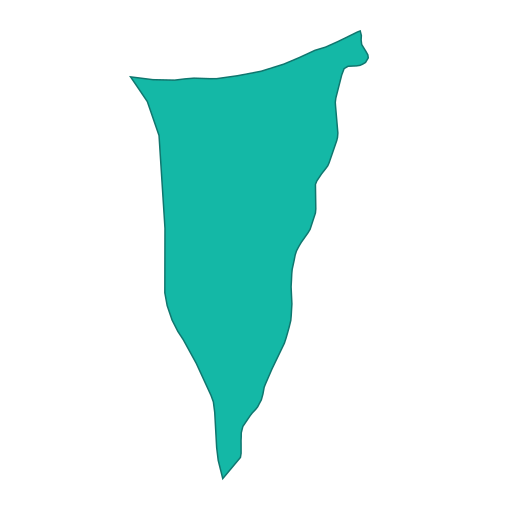 the district of San Sebastián, Retalhuleu, Guatemala, rotated 358°
{"feature_id": "79465075B80062128439556", "entity_name": "San Sebastián", "entity_type": "district", "adm_level": 2, "iso_a3": "GTM", "parent_name": "Guatemala", "parent_adm1": "Retalhuleu", "projection": "albers", "projection_center": [-91.644, 14.559], "detail": "fine", "context": "isolated", "style": "filled", "palette": "teal", "viewbox_px": 512, "rotation_deg": 358, "n_neighbors": 0, "source": "geoboundaries", "source_scale": "gbopen_adm2", "svg_char_len": 1327}
<svg xmlns="http://www.w3.org/2000/svg" viewBox="0 0 512 512"><g transform="rotate(358 256 256)"><path d="M215.0,477.3L233.4,456.8L234.2,452.7L234.5,444.1L234.6,440.0L234.9,436.3L235.1,432.2L236.9,425.9L244.7,415.2L246.8,412.7L250.3,409.3L252.4,406.8L254.3,403.4L256.3,400.0L258.1,394.2L259.6,387.4L261.1,384.0L268.1,369.3L279.5,347.6L281.3,344.2L283.2,339.0L284.7,334.4L286.6,328.4L288.5,321.7L289.1,316.9L289.4,313.7L290.2,305.2L290.0,288.0L290.6,281.4L291.1,275.2L291.7,270.6L294.0,261.5L295.2,256.3L296.7,252.2L298.4,249.2L300.1,246.4L301.8,243.8L308.8,234.6L311.0,231.2L316.9,215.1L317.4,211.1L317.9,186.5L319.4,183.1L324.3,176.3L329.1,170.6L330.9,168.3L332.3,165.4L340.7,143.5L341.6,140.3L342.1,136.0L340.7,108.5L340.6,105.2L341.3,100.9L348.0,78.0L350.6,71.8L354.6,69.6L363.0,69.5L366.5,69.1L369.3,68.0L372.2,66.4L375.1,61.9L374.8,58.9L372.9,55.2L370.9,51.7L369.0,48.3L368.6,43.7L369.0,39.4L368.0,34.7L365.1,35.7L345.7,44.4L332.7,49.7L322.1,52.5L306.2,59.2L290.5,65.2L267.7,71.5L243.8,75.2L222.9,77.4L216.3,77.2L200.2,76.1L191.4,76.5L180.8,77.4L159.2,76.2L136.9,72.6L144.1,84.0L152.8,97.9L163.3,132.2L166.0,225.1L163.6,289.6L165.5,302.5L169.9,317.1L175.3,328.7L180.4,337.1L192.6,361.3L206.2,393.8L208.3,400.3L209.3,411.0L210.0,446.0L211.1,458.9L215.0,477.3Z" fill="#14b8a6" stroke="#0f766e" stroke-width="1.5"/></g></svg>